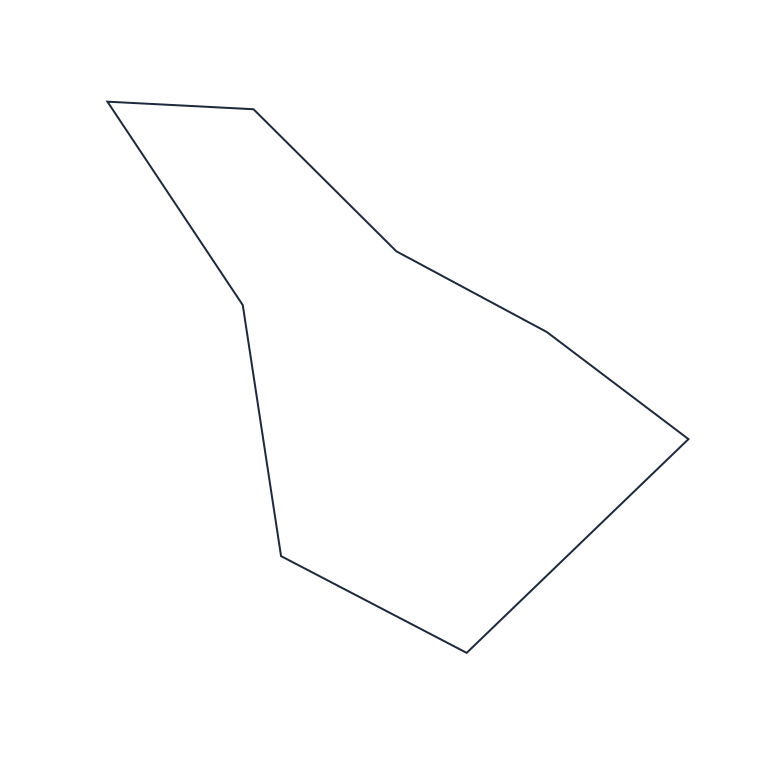 the state/province of Schellenberg, rotated 97°
{"feature_id": "LIE-4899", "entity_name": "Schellenberg", "entity_type": "state/province", "adm_level": 1, "iso_a3": "LIE", "parent_name": "Liechtenstein", "parent_adm1": "", "projection": "equal_earth", "projection_center": [9.531, 47.238], "detail": "fine", "context": "isolated", "style": "outline", "palette": "slate", "viewbox_px": 768, "rotation_deg": 97, "n_neighbors": 0, "source": "natural_earth", "source_scale": "10m", "svg_char_len": 271}
<svg xmlns="http://www.w3.org/2000/svg" viewBox="0 0 768 768"><g transform="rotate(97 384 384)"><path d="M401.6,75.1L640.8,269.2L567.4,465.2L322.9,533.8L137.5,692.9L127.2,547.0L250.8,387.9L312.6,228.7L401.6,75.1Z" fill="none" stroke="#1e293b" stroke-width="2"/></g></svg>